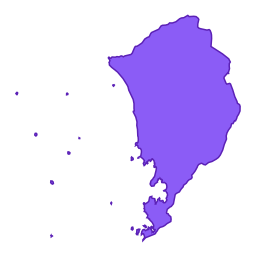 the district of Kota Padang, Sumatera Barat, Indonesia
{"feature_id": "22746128B51925287869213", "entity_name": "Kota Padang", "entity_type": "district", "adm_level": 2, "iso_a3": "IDN", "parent_name": "Indonesia", "parent_adm1": "Sumatera Barat", "projection": "robinson", "projection_center": [100.373, -0.936], "detail": "fine", "context": "isolated", "style": "filled", "palette": "violet", "viewbox_px": 256, "rotation_deg": 0, "n_neighbors": 0, "source": "geoboundaries", "source_scale": "gbopen_adm2", "svg_char_len": 5966}
<svg xmlns="http://www.w3.org/2000/svg" viewBox="0 0 256 256"><path d="M187.8,15.4L183.8,17.7L181.3,18.0L179.6,18.8L175.9,21.8L172.3,23.0L169.6,22.9L168.1,24.4L165.6,25.1L162.4,25.3L161.0,26.0L158.8,29.2L151.6,32.5L150.8,33.4L149.2,36.7L147.2,37.5L144.8,39.0L142.6,42.2L141.7,43.2L137.2,46.2L135.4,46.4L134.7,47.3L132.2,53.2L130.9,54.5L124.9,55.9L123.3,56.8L122.1,56.1L121.1,55.9L119.1,56.9L116.9,56.6L115.3,57.2L112.2,57.0L111.6,57.3L110.9,58.3L110.1,58.2L109.1,57.2L108.7,57.2L108.4,57.6L108.5,58.4L109.5,59.5L109.9,60.7L109.0,62.7L109.3,63.0L109.4,65.0L111.5,67.2L117.6,72.1L123.0,78.5L127.1,85.0L128.0,86.8L128.8,90.2L133.2,99.5L134.0,103.6L134.0,108.6L134.3,110.9L133.4,111.2L133.2,111.8L135.8,117.1L137.0,121.9L136.8,125.5L137.5,129.4L137.8,136.1L138.1,136.7L138.3,139.5L138.2,141.1L137.8,142.7L137.3,143.1L136.8,142.6L135.8,143.0L135.4,144.1L136.0,144.9L135.7,145.6L137.0,145.0L137.4,145.2L137.9,145.9L137.9,146.9L138.9,148.3L140.4,148.5L141.1,149.7L141.4,150.6L141.4,152.4L140.8,155.8L140.3,156.7L142.8,158.6L144.3,160.5L143.9,162.5L143.3,163.3L144.1,165.6L144.6,165.3L145.8,163.7L145.7,163.4L145.9,163.5L146.2,163.2L146.3,163.4L146.9,163.1L147.4,163.7L147.9,163.2L147.0,161.8L148.5,160.8L148.5,160.3L149.2,160.0L150.1,160.4L150.3,161.4L150.6,161.3L150.4,160.3L150.9,160.1L151.3,161.0L151.0,160.1L151.5,160.0L151.5,159.5L152.2,159.3L152.2,158.8L152.4,158.8L153.9,160.5L154.4,162.8L154.7,163.0L154.5,163.3L154.8,163.4L154.7,164.9L154.1,165.3L153.9,165.9L154.1,167.2L154.8,167.4L155.5,166.5L156.3,167.2L156.4,168.1L156.1,170.2L154.7,176.0L154.3,177.0L153.7,177.4L152.9,178.9L151.0,180.9L150.5,182.4L150.7,183.0L150.2,183.4L150.3,184.6L151.5,186.2L153.9,186.0L155.0,183.8L157.5,182.1L157.3,181.2L157.8,180.0L158.3,180.2L157.9,179.9L158.2,179.2L158.4,179.4L158.5,178.9L159.0,178.6L159.8,178.8L160.0,178.2L160.8,179.5L161.2,179.2L161.7,179.6L162.0,181.0L162.3,180.5L162.4,180.8L161.6,181.6L161.8,182.5L163.4,182.7L164.3,182.4L166.1,183.7L166.6,184.8L166.9,187.0L166.4,189.0L165.1,190.2L164.6,190.1L163.7,190.7L164.0,191.1L165.2,190.9L165.6,190.6L166.9,193.0L167.2,193.0L167.5,194.5L167.5,195.5L167.1,196.0L167.0,197.2L166.5,197.5L166.2,198.6L166.8,199.4L166.7,200.7L166.1,201.2L165.7,202.0L165.2,202.6L164.0,202.8L163.2,202.4L163.5,201.9L162.9,200.6L162.1,200.5L161.4,201.1L159.8,200.7L159.6,200.4L159.8,198.4L159.4,197.9L158.8,198.8L157.7,199.4L157.5,200.8L156.0,203.1L156.0,203.9L155.3,204.0L155.5,202.7L155.0,201.5L155.2,200.7L155.1,200.1L154.8,200.1L154.7,198.7L152.4,198.3L151.8,197.9L151.6,197.6L151.8,196.4L150.1,196.8L149.6,197.4L148.8,201.3L147.9,202.2L145.4,203.9L144.4,203.5L144.4,202.9L143.7,202.9L143.4,203.5L143.6,204.2L144.3,205.1L144.4,208.2L144.0,208.7L144.6,209.2L144.7,210.1L144.2,211.5L145.8,212.1L145.9,212.7L146.6,213.2L146.5,213.7L147.6,214.6L147.8,215.1L147.4,216.9L146.9,217.7L147.7,217.8L148.5,218.4L148.6,218.9L149.5,219.0L149.8,220.0L152.1,222.3L153.7,225.3L153.4,226.4L153.7,226.9L153.2,227.6L153.2,228.5L153.6,229.2L155.0,229.5L154.7,230.0L154.9,230.7L154.8,230.8L154.7,230.6L154.4,231.1L153.8,231.2L153.4,232.1L153.0,231.6L152.2,232.2L152.3,231.5L151.8,230.8L151.3,229.3L150.9,229.3L150.4,228.5L148.4,227.1L148.3,227.9L147.8,228.9L148.4,229.4L147.9,229.7L147.6,229.4L145.5,230.6L144.3,229.4L142.9,229.8L141.8,231.7L141.7,232.8L141.4,233.4L141.4,234.8L142.5,233.8L143.5,233.8L144.6,236.7L144.5,237.6L142.9,239.8L142.9,240.6L145.6,237.7L154.6,234.1L155.5,233.5L155.8,232.6L157.2,230.9L158.2,229.0L160.0,227.4L163.0,226.5L164.9,225.4L167.0,223.6L170.8,221.5L171.1,219.3L170.8,216.8L168.6,214.8L168.1,213.7L166.7,213.4L166.5,212.4L167.3,209.2L169.9,207.1L171.3,206.4L173.4,203.8L175.2,194.6L175.9,193.8L176.9,193.1L179.4,191.9L181.0,189.3L183.1,186.9L183.6,185.2L186.3,183.2L187.7,181.1L188.9,179.9L191.5,178.6L192.1,177.3L191.7,175.1L193.0,173.8L195.2,170.9L197.2,167.2L197.7,165.8L198.8,164.4L201.2,163.3L202.0,163.4L203.7,164.5L205.4,164.9L208.6,162.5L212.0,161.5L216.1,159.2L218.4,157.5L220.3,155.0L222.7,150.0L224.3,144.4L226.5,139.1L226.2,135.9L227.0,132.8L228.5,130.0L230.8,126.9L231.5,123.9L232.3,123.5L233.0,123.6L234.6,120.7L235.5,120.9L236.6,118.6L237.2,116.5L238.6,114.3L240.0,111.0L240.1,106.3L239.5,104.6L237.4,103.2L237.0,101.4L234.8,96.7L232.7,89.8L230.5,84.0L229.7,83.4L226.8,84.1L226.1,83.4L223.9,78.1L224.3,76.8L227.2,73.5L229.4,73.4L227.2,73.4L228.6,71.8L229.5,68.7L229.2,65.8L229.3,63.6L230.3,62.0L228.7,58.8L222.5,53.9L211.0,46.5L211.6,38.6L211.5,35.0L211.1,32.9L210.1,30.4L209.1,29.6L207.0,30.1L200.5,28.7L198.8,28.1L197.7,26.9L197.8,23.9L198.8,19.4L198.2,18.3L196.1,16.6L193.8,16.3L189.1,16.6L187.8,15.4ZM139.8,229.3L138.9,229.1L136.9,229.8L136.7,232.7L136.2,233.7L136.7,234.6L137.8,234.7L137.9,233.6L139.1,231.8L138.9,231.0L139.8,229.3ZM52.5,184.1L53.4,183.6L53.2,182.1L52.4,181.1L50.9,180.9L50.7,182.5L51.3,183.5L52.5,184.1ZM132.0,157.5L131.6,157.0L131.3,157.4L131.4,159.7L131.2,160.2L131.4,160.4L132.9,159.8L133.2,159.4L133.1,158.3L132.5,157.6L132.0,157.5ZM35.3,133.3L34.8,134.2L34.9,135.3L35.9,136.0L36.7,135.3L36.9,134.2L36.5,133.4L35.3,133.3ZM132.3,230.0L133.0,229.4L133.1,228.6L132.8,227.2L132.2,227.1L131.6,227.7L131.3,229.3L132.3,230.0ZM68.3,154.1L69.5,154.0L69.8,153.7L69.9,152.6L68.8,151.9L68.0,151.9L67.8,153.1L68.3,154.1ZM145.4,225.6L144.8,225.2L144.4,225.7L143.5,225.8L144.1,226.5L144.8,226.5L145.5,227.6L146.2,227.5L146.1,226.3L145.4,226.2L145.4,225.6ZM17.1,94.6L17.7,93.0L17.4,92.5L16.8,92.4L15.9,93.5L16.7,94.6L17.1,94.6ZM66.6,94.8L67.8,94.5L67.9,93.7L67.2,93.1L66.7,93.3L66.6,93.6L66.6,94.8ZM113.6,86.2L114.4,85.1L114.0,84.7L112.8,85.1L112.9,85.6L113.6,86.2ZM152.7,228.0L151.8,226.6L151.5,226.4L150.9,227.0L151.9,227.9L152.6,228.2L152.7,228.0ZM111.3,204.1L111.7,202.8L111.3,202.3L110.8,203.0L110.8,203.4L111.3,204.1ZM138.8,158.0L139.0,157.0L138.1,157.5L138.0,158.1L138.8,158.0ZM79.7,138.6L79.8,138.1L79.1,137.7L79.0,138.5L79.7,138.6ZM52.4,236.0L52.2,235.8L51.3,236.1L51.3,236.8L52.4,236.0ZM50.5,236.1L51.2,235.6L51.1,235.2L50.5,236.1Z" fill="#8b5cf6" stroke="#5b21b6" stroke-width="1.5"/></svg>